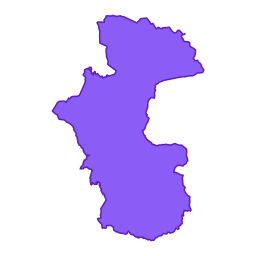 Ea Kar, Đắk Lắk, Vietnam
{"feature_id": "81297802B96415917644052", "entity_name": "Ea Kar", "entity_type": "district", "adm_level": 2, "iso_a3": "VNM", "parent_name": "Vietnam", "parent_adm1": "Đắk Lắk", "projection": "robinson", "projection_center": [108.562, 12.804], "detail": "fine", "context": "isolated", "style": "filled", "palette": "violet", "viewbox_px": 256, "rotation_deg": 0, "n_neighbors": 0, "source": "geoboundaries", "source_scale": "gbopen_adm2", "svg_char_len": 5784}
<svg xmlns="http://www.w3.org/2000/svg" viewBox="0 0 256 256"><path d="M185.2,33.5L184.6,33.9L182.9,34.5L181.8,32.9L179.5,30.4L179.0,30.3L178.0,30.4L175.7,32.9L174.8,33.0L173.4,32.3L171.9,30.9L170.0,28.5L169.5,27.3L162.7,27.8L162.4,28.0L162.0,28.7L160.0,28.3L158.2,27.3L156.6,28.7L156.2,28.8L155.8,28.4L153.0,23.6L152.5,23.4L151.5,23.9L150.6,23.8L149.8,22.1L146.7,18.0L140.6,18.7L140.1,19.2L139.6,20.2L138.3,21.2L137.1,22.7L136.6,22.8L123.9,16.8L121.8,16.5L120.3,15.8L116.8,16.4L113.1,15.6L113.0,15.4L111.6,16.0L106.7,15.8L106.2,16.1L105.7,17.7L104.0,20.0L104.3,21.4L104.2,22.2L97.7,22.0L97.1,22.6L97.2,23.1L98.5,25.4L99.1,29.0L99.8,31.1L99.6,37.4L99.9,40.7L99.7,42.4L100.1,43.3L106.9,46.3L107.0,47.0L106.8,47.8L106.0,49.3L106.6,57.1L108.1,60.7L108.1,62.2L107.6,63.6L107.7,64.2L108.4,65.0L115.7,70.3L116.0,70.7L116.0,71.5L115.0,73.5L113.9,74.7L111.6,75.0L110.8,75.6L109.0,76.1L107.1,75.0L106.5,75.5L106.8,76.6L106.5,77.0L105.0,76.9L103.6,77.8L103.1,77.9L102.3,76.2L101.9,76.1L101.2,76.9L99.9,76.4L99.3,75.5L98.2,74.9L97.7,73.7L96.1,74.3L95.5,73.3L95.2,71.9L94.7,71.6L94.0,72.4L93.7,74.2L93.2,74.9L92.6,73.2L92.3,73.0L91.4,73.3L91.4,72.0L90.1,70.4L90.0,69.6L91.2,70.2L91.5,69.7L91.6,68.9L91.2,67.5L89.7,67.2L89.2,67.5L88.4,69.1L87.1,68.4L84.7,69.9L84.4,71.3L84.9,72.1L83.3,74.5L83.5,75.6L84.7,76.2L85.2,76.8L85.5,78.8L85.1,79.9L85.5,80.7L84.7,83.5L79.7,94.8L78.9,95.7L77.3,96.3L74.4,96.3L72.1,96.6L71.2,97.1L69.9,98.4L68.5,98.2L68.1,99.4L67.2,100.4L66.0,102.3L65.1,101.4L63.9,101.1L60.3,101.2L58.6,101.7L57.4,102.8L52.4,111.1L55.4,113.8L57.2,114.8L58.1,116.7L58.4,118.2L59.2,119.3L63.9,119.9L65.3,120.6L66.6,122.1L68.5,122.8L70.2,123.8L70.6,124.4L71.5,124.8L71.9,125.4L73.0,126.2L73.0,126.9L73.8,128.0L73.6,129.5L74.5,130.9L75.2,131.6L75.2,132.0L76.2,133.4L75.9,135.5L77.0,136.7L77.1,138.3L77.5,138.6L77.4,139.7L78.0,140.4L77.7,141.8L78.3,143.5L79.2,145.0L80.6,145.7L81.4,147.7L83.0,148.6L83.2,149.1L83.2,150.2L83.5,151.5L84.4,153.0L85.4,153.6L85.4,154.2L85.8,154.8L86.4,155.1L89.2,155.3L88.9,155.7L88.3,155.5L87.8,155.9L87.2,155.9L86.6,156.7L86.7,158.8L86.0,159.0L85.4,160.0L84.3,160.0L83.2,162.9L82.9,164.9L80.8,167.3L80.3,168.8L82.7,168.8L83.2,168.7L84.2,167.5L85.8,167.6L86.7,167.1L88.6,168.4L89.3,169.1L91.1,169.1L91.6,169.8L92.2,169.9L89.9,178.3L90.6,179.0L90.3,180.2L90.4,182.1L90.8,184.0L91.3,184.9L91.7,184.7L92.3,183.8L92.2,182.7L92.5,182.7L93.0,183.4L94.2,184.1L95.1,184.4L96.6,184.3L97.0,184.1L97.0,183.6L96.3,183.2L96.1,182.6L96.7,182.5L97.2,183.0L97.4,181.6L98.9,182.5L99.3,183.5L99.5,182.8L99.8,182.8L100.1,184.5L99.4,184.6L99.3,185.0L99.4,185.4L99.8,185.1L100.1,185.3L100.2,185.7L100.0,186.6L100.1,187.4L101.6,189.4L101.0,190.2L101.0,190.7L101.8,191.8L101.9,192.7L102.7,193.1L103.2,194.6L103.5,194.7L104.0,194.4L104.5,194.7L104.4,195.7L105.9,199.2L106.0,200.2L100.7,208.9L101.1,209.8L101.1,212.6L100.4,215.5L101.0,216.6L100.9,217.5L100.6,217.9L99.8,218.3L98.0,218.4L97.5,218.9L99.1,221.6L101.6,224.1L101.9,225.2L102.1,227.5L102.5,228.2L103.9,227.7L105.5,228.2L106.1,227.9L106.4,226.2L106.8,225.6L110.8,225.5L111.6,225.7L112.1,226.5L113.3,226.9L113.7,230.1L114.3,230.6L116.2,231.8L117.8,232.1L119.7,233.1L122.4,233.3L126.0,234.2L126.9,233.6L128.2,231.2L128.6,231.2L130.2,233.6L131.0,234.4L132.8,234.6L133.5,235.2L134.2,235.5L134.8,236.3L136.4,237.1L137.6,236.8L137.4,237.4L137.6,237.7L138.3,237.9L140.5,237.1L142.9,237.4L143.1,237.5L143.2,238.3L144.6,238.2L147.4,239.4L148.2,239.9L149.3,239.5L149.8,239.5L150.9,240.5L151.6,240.6L152.3,240.2L153.3,240.3L154.3,239.9L155.6,237.9L156.7,237.7L158.3,236.2L159.3,235.9L161.5,235.7L163.2,233.6L164.7,233.7L166.2,234.1L167.0,233.7L167.8,232.2L169.1,232.3L170.4,233.2L171.8,232.6L172.9,232.4L174.5,231.1L175.8,228.5L176.1,228.3L176.6,228.3L177.5,229.2L178.7,229.0L178.9,228.7L178.7,228.0L178.8,226.9L178.4,226.3L180.6,225.4L181.1,224.0L182.0,223.8L182.2,223.1L181.9,220.0L182.5,218.5L181.8,216.5L181.8,215.5L182.5,215.2L183.2,215.9L183.6,215.7L183.4,214.2L183.5,212.5L184.2,210.3L184.6,210.3L185.1,211.0L186.6,210.7L187.6,211.1L187.8,210.5L188.1,210.4L189.8,210.7L190.4,211.0L190.9,210.2L190.9,209.4L190.0,207.7L189.3,204.9L189.9,201.2L189.6,199.4L189.9,197.0L189.1,196.2L187.4,195.3L185.0,191.9L184.5,191.0L184.4,189.9L184.6,188.4L185.2,187.5L183.0,185.1L182.4,177.9L183.1,175.2L182.9,175.1L181.1,175.1L178.3,173.5L175.0,172.3L173.6,172.2L174.8,168.3L175.4,167.4L176.7,166.0L179.1,165.2L183.0,166.0L183.6,165.1L185.6,163.9L186.1,163.5L186.3,162.4L186.8,161.5L187.7,160.9L187.5,158.9L186.4,155.7L186.7,150.8L186.5,149.3L185.8,148.3L183.8,147.0L181.9,145.2L178.7,145.1L175.3,143.7L173.6,143.9L171.1,145.0L168.7,144.9L165.8,144.3L163.6,144.7L162.4,144.5L160.4,145.2L159.0,144.9L158.1,145.7L155.7,145.5L154.2,144.5L153.3,144.8L152.6,144.1L151.7,143.8L151.4,142.7L149.2,141.3L148.8,140.8L148.0,140.6L147.3,139.6L146.4,139.0L146.2,138.1L145.6,137.7L145.1,136.7L145.1,135.7L144.1,134.9L143.6,134.2L143.2,132.2L142.5,130.8L142.8,130.2L143.5,130.2L143.9,130.0L145.0,128.3L146.1,124.6L147.9,121.6L149.0,118.3L146.6,116.1L147.2,115.2L147.2,114.8L146.1,113.7L145.9,112.6L146.3,110.9L147.7,107.2L147.9,101.6L148.6,100.4L149.1,100.0L149.6,98.7L151.0,97.8L152.3,97.6L154.3,98.1L154.7,95.5L154.4,92.6L155.5,90.3L155.5,89.7L155.0,89.4L154.9,88.6L155.8,84.5L156.6,84.0L157.4,83.9L159.0,82.3L164.3,80.3L179.1,77.3L182.9,76.7L184.7,76.8L188.4,76.0L192.4,75.8L195.3,74.5L196.6,73.4L197.4,73.1L199.1,72.8L202.0,72.7L202.5,72.5L203.0,71.9L203.6,70.1L203.6,69.5L201.6,66.7L201.0,64.6L200.3,63.5L198.8,62.6L197.9,60.8L197.4,60.4L196.1,60.7L195.0,60.7L194.5,60.1L193.5,58.1L193.5,57.4L194.8,56.0L195.0,55.2L195.5,51.7L195.4,49.8L193.6,48.4L190.1,46.4L189.8,45.9L189.7,42.9L189.0,42.2L188.4,41.9L184.4,41.5L183.9,41.1L183.3,39.6L181.9,37.6L181.5,36.2L181.6,35.5L182.5,34.9L184.8,34.1L185.2,33.5Z" fill="#8b5cf6" stroke="#5b21b6" stroke-width="1.5"/></svg>